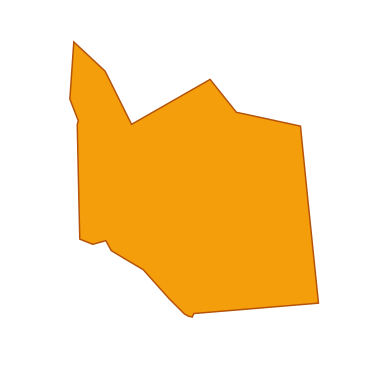 the district of Jandaíra, Rio Grande do Norte, Brazil, rotated 192°
{"feature_id": "56859067B73444241078721", "entity_name": "Jandaíra", "entity_type": "district", "adm_level": 2, "iso_a3": "BRA", "parent_name": "Brazil", "parent_adm1": "Rio Grande do Norte", "projection": "robinson", "projection_center": [-36.108, -5.36], "detail": "fine", "context": "isolated", "style": "filled", "palette": "amber", "viewbox_px": 384, "rotation_deg": 192, "n_neighbors": 0, "source": "geoboundaries", "source_scale": "gbopen_adm2", "svg_char_len": 450}
<svg xmlns="http://www.w3.org/2000/svg" viewBox="0 0 384 384"><g transform="rotate(192 192 192)"><path d="M174.3,71.3L169.7,69.8L165.7,69.8L165.0,73.5L45.2,109.6L81.0,220.7L99.6,279.0L165.2,279.2L187.9,297.8L197.7,305.9L265.2,245.6L302.1,292.1L338.8,314.2L330.8,257.5L318.0,238.0L318.3,234.2L292.0,122.6L278.2,120.2L266.2,126.5L258.8,117.9L243.9,112.7L223.6,105.9L192.2,82.9L174.3,71.3Z" fill="#f59e0b" stroke="#b45309" stroke-width="1.5"/></g></svg>